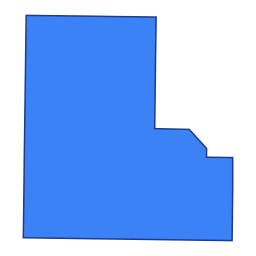 outline of Toay, La Pampa, Argentina
{"feature_id": "61730980B2132713179088", "entity_name": "Toay", "entity_type": "district", "adm_level": 2, "iso_a3": "ARG", "parent_name": "Argentina", "parent_adm1": "La Pampa", "projection": "equal_earth", "projection_center": [-64.55, -36.621], "detail": "fine", "context": "isolated", "style": "filled", "palette": "blue", "viewbox_px": 256, "rotation_deg": 0, "n_neighbors": 0, "source": "geoboundaries", "source_scale": "gbopen_adm2", "svg_char_len": 607}
<svg xmlns="http://www.w3.org/2000/svg" viewBox="0 0 256 256"><path d="M26.2,15.4L25.4,74.3L24.3,155.7L23.9,192.0L23.3,237.7L48.4,238.1L232.1,240.6L232.7,188.0L232.7,185.0L232.7,157.8L232.7,157.6L207.4,157.2L206.5,157.2L206.6,149.8L206.6,148.5L206.5,148.4L196.6,137.5L196.5,137.4L189.5,129.7L189.3,129.4L156.7,128.7L154.7,128.6L155.0,106.6L155.0,103.3L155.2,87.1L155.5,63.6L155.5,61.0L155.9,34.5L156.1,17.7L156.1,17.0L155.0,17.0L151.8,17.0L150.9,17.0L146.0,16.9L138.4,16.8L129.2,16.7L118.4,16.6L103.9,16.4L101.2,16.3L76.9,16.0L68.0,15.9L26.2,15.4Z" fill="#3b82f6" stroke="#1e3a8a" stroke-width="1.5"/></svg>